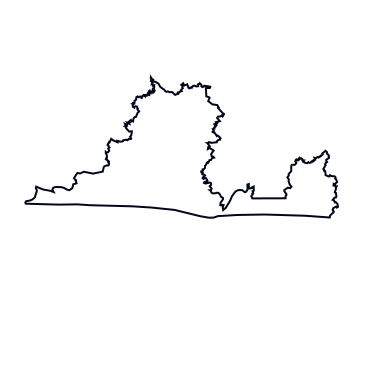 Tecolutla, Veracruz, Mexico (Natural Earth projection), rotated 132°
{"feature_id": "50627088B65141848449255", "entity_name": "Tecolutla", "entity_type": "district", "adm_level": 2, "iso_a3": "MEX", "parent_name": "Mexico", "parent_adm1": "Veracruz", "projection": "natural_earth1", "projection_center": [-97.047, 20.419], "detail": "fine", "context": "isolated", "style": "outline", "palette": "ink", "viewbox_px": 384, "rotation_deg": 132, "n_neighbors": 0, "source": "geoboundaries", "source_scale": "gbopen_adm2", "svg_char_len": 6052}
<svg xmlns="http://www.w3.org/2000/svg" viewBox="0 0 384 384"><g transform="rotate(132 192 192)"><path d="M113.1,220.2L112.5,220.7L112.9,221.8L112.1,228.8L111.4,228.6L110.5,231.4L113.2,235.5L113.6,240.8L110.3,241.9L110.1,242.4L111.3,245.4L105.5,251.2L102.7,248.3L101.6,248.7L101.6,249.0L104.8,254.0L105.7,253.8L107.0,254.4L107.2,255.7L106.2,256.4L106.0,258.7L106.6,258.4L107.2,259.4L108.2,259.6L109.3,258.2L110.8,259.6L111.4,261.5L113.0,262.3L114.6,261.9L114.6,262.6L116.5,263.0L116.4,264.1L116.9,264.3L115.2,267.6L118.0,269.0L117.1,271.3L119.6,271.6L119.5,269.8L120.7,269.3L121.0,268.3L123.8,268.4L123.9,267.2L126.5,268.4L127.3,268.1L127.4,268.7L128.2,268.2L128.3,268.7L128.7,268.4L131.1,269.5L131.0,273.6L132.8,275.4L133.5,277.4L134.7,278.1L134.9,279.1L134.6,281.2L135.1,285.9L133.9,289.6L134.6,292.9L135.6,294.5L134.4,296.0L134.9,297.4L134.3,299.3L135.1,298.7L135.5,297.5L137.0,296.7L136.4,295.7L137.2,295.2L137.3,294.7L138.8,294.0L138.0,293.6L139.1,292.1L138.2,291.6L139.0,291.3L138.8,290.7L140.8,289.3L141.4,290.3L142.2,289.8L142.6,288.7L141.7,288.7L141.5,287.7L142.8,287.2L143.9,287.3L143.8,288.5L144.7,288.3L144.2,289.1L145.5,289.2L145.1,290.5L146.7,289.6L146.2,291.3L147.7,291.0L148.4,289.8L148.0,288.9L148.5,288.6L149.7,290.6L150.8,290.1L150.9,290.9L151.6,291.0L151.2,291.7L151.9,292.5L152.2,291.8L151.9,291.7L152.4,291.2L152.5,292.1L153.6,293.0L155.8,292.3L155.9,292.8L155.0,293.5L156.3,294.9L157.2,294.9L157.7,297.3L157.8,296.4L158.8,296.8L160.9,295.3L162.7,295.7L164.0,294.5L165.2,295.5L165.9,295.3L165.8,294.7L166.4,295.1L166.3,294.2L167.1,294.2L168.2,293.0L167.9,291.4L167.2,291.8L166.0,291.3L165.3,289.9L166.5,288.5L166.4,288.0L167.2,287.6L167.5,285.2L169.9,285.3L173.8,283.9L174.9,284.8L176.6,284.6L179.0,283.0L179.6,284.6L179.3,285.6L182.2,286.0L182.0,285.0L182.5,285.3L183.0,284.5L183.1,285.3L183.6,285.3L183.1,285.8L183.7,286.7L183.8,285.9L186.3,285.7L186.5,286.0L185.9,286.5L186.2,287.4L186.9,286.0L186.7,285.7L187.4,285.8L186.6,285.0L187.2,284.9L187.1,284.5L188.2,284.6L188.7,283.6L189.1,279.1L187.2,277.3L190.0,275.3L192.2,275.0L192.2,274.3L193.0,274.0L193.1,272.9L193.6,272.9L194.8,274.6L195.4,274.3L196.9,274.8L197.0,275.7L199.7,277.8L200.5,277.3L202.1,278.4L203.5,280.4L204.1,280.5L204.0,281.0L203.5,280.9L204.0,281.8L204.9,280.8L206.4,285.3L206.5,287.6L210.3,286.5L210.4,287.1L213.5,286.3L213.3,285.1L214.1,284.5L214.2,283.1L215.9,283.2L216.6,281.2L218.6,281.0L219.9,282.0L219.9,282.9L220.9,282.0L221.1,280.9L222.8,278.6L225.2,278.1L225.2,277.2L224.6,276.9L225.5,275.0L225.0,275.1L224.9,274.1L227.6,271.9L228.4,271.9L229.3,273.2L231.7,274.3L232.8,274.1L236.6,272.0L244.6,277.9L249.3,285.9L253.2,287.6L254.3,289.7L255.3,289.9L260.7,288.9L261.1,287.0L260.8,286.2L261.6,285.7L262.8,283.6L265.6,285.4L269.3,283.5L272.8,284.4L273.9,286.5L274.6,289.9L275.7,292.1L279.0,296.2L280.9,297.6L282.3,297.9L283.7,297.3L284.6,294.8L286.2,298.6L289.8,304.4L292.3,311.4L293.7,310.5L294.5,308.5L295.1,308.0L301.2,305.2L304.4,305.6L306.9,306.8L309.8,309.1L311.4,308.8L311.9,307.7L291.0,283.1L277.8,268.8L270.1,259.0L242.6,226.8L230.8,211.9L217.0,193.0L204.6,169.9L199.9,162.4L196.7,158.9L192.6,156.6L178.9,143.1L160.0,122.8L133.9,92.0L118.8,72.6L117.0,73.7L112.2,73.2L111.5,73.7L111.5,75.0L111.0,75.7L109.4,76.2L106.6,75.2L106.1,74.6L106.5,73.9L105.4,73.6L103.8,75.4L103.3,77.4L103.4,78.5L104.1,78.9L103.1,81.2L103.6,82.1L100.9,82.3L99.8,81.4L98.6,81.8L96.4,84.4L96.8,85.3L96.6,85.9L93.6,86.9L93.0,87.6L91.7,88.1L92.3,88.3L91.2,89.7L92.5,91.1L91.2,92.1L90.9,90.8L90.3,91.2L87.6,90.8L86.6,92.3L86.2,94.4L85.7,94.3L84.9,95.6L85.0,96.7L86.7,98.7L87.2,100.7L88.4,100.3L89.0,100.9L90.1,104.0L87.4,106.9L87.9,108.1L87.0,108.8L87.0,109.8L82.6,110.7L82.3,111.6L81.2,112.1L79.3,111.7L79.1,113.1L78.2,113.8L75.0,113.0L74.3,114.1L73.6,114.2L73.1,115.7L73.2,117.6L72.1,118.3L72.1,120.4L76.3,120.9L76.7,120.0L79.3,120.3L79.2,120.7L81.6,121.0L81.6,121.8L84.3,122.9L84.7,123.8L85.5,122.0L88.0,122.4L87.4,123.0L89.7,123.7L90.8,123.4L91.9,124.4L92.0,125.5L93.5,125.7L94.7,127.6L94.5,129.7L95.1,129.7L94.6,130.9L93.9,130.6L94.4,131.5L93.8,132.1L93.9,133.4L95.1,133.8L94.7,135.0L96.1,135.0L96.5,134.3L97.2,134.2L98.1,135.0L97.9,136.2L98.5,136.4L100.2,135.7L100.4,134.2L100.9,133.8L103.0,133.8L105.1,136.1L106.7,135.3L110.1,132.2L114.0,132.2L115.0,131.1L117.3,130.9L117.8,128.6L119.4,127.3L121.1,124.3L121.5,121.7L123.5,121.6L124.7,123.7L128.8,124.7L129.7,123.7L130.4,120.4L131.4,119.7L132.4,119.7L134.1,118.3L156.4,142.9L155.4,145.2L152.6,145.4L152.7,146.1L151.4,146.3L150.9,147.5L149.6,147.0L146.7,149.8L148.2,150.4L148.4,150.0L149.2,150.2L151.3,152.0L148.1,155.2L149.4,155.8L152.7,152.6L155.4,151.9L156.8,152.6L157.0,155.8L158.3,157.5L159.8,159.0L162.6,160.0L168.3,159.5L173.2,157.8L181.1,156.3L184.5,156.8L182.8,158.9L180.6,159.8L181.3,160.9L182.6,161.4L182.8,162.3L180.7,163.6L176.7,164.1L175.7,165.0L176.1,167.6L175.1,169.5L175.0,171.6L175.6,172.8L177.7,174.1L179.2,175.8L179.4,177.4L178.6,178.6L178.7,179.8L178.1,179.2L176.6,179.5L176.2,180.3L175.9,182.7L173.9,182.6L172.7,183.7L173.1,185.2L176.6,187.5L177.2,189.1L176.2,189.5L173.7,187.8L173.1,188.3L172.4,190.9L173.2,192.1L174.5,192.1L174.6,193.3L174.1,193.7L171.1,193.3L170.9,194.4L171.9,196.1L170.5,197.0L171.2,197.9L170.8,198.7L170.4,198.9L170.0,198.2L168.5,198.4L168.1,199.2L166.8,198.4L165.4,198.5L163.9,199.8L162.2,199.8L160.6,200.5L159.8,199.7L159.3,200.4L158.2,199.7L156.8,200.4L155.3,199.3L153.3,199.8L151.7,198.6L151.5,199.4L150.9,199.1L151.8,200.0L152.2,201.3L151.0,203.2L146.8,203.6L147.4,208.2L149.4,208.9L147.7,210.0L146.1,209.5L145.8,211.7L145.2,212.0L145.4,213.4L144.5,212.6L143.8,212.9L142.7,211.4L142.7,210.7L138.5,206.9L137.8,207.5L135.6,207.2L134.3,206.2L133.7,206.9L133.0,206.8L132.8,207.8L132.9,210.7L133.3,211.3L133.7,211.2L132.9,214.6L133.7,216.7L133.5,217.0L132.0,216.5L131.3,218.6L130.0,217.8L129.8,218.5L127.7,218.3L127.7,219.0L126.5,218.6L126.6,220.8L125.5,220.5L125.5,219.1L123.9,219.3L123.8,220.8L120.7,218.7L120.2,222.9L119.5,223.0L118.6,223.1L116.6,221.3L115.1,221.1L115.3,219.8L114.5,219.9L114.4,220.5L113.1,220.2Z" fill="none" stroke="#020617" stroke-width="2"/></g></svg>